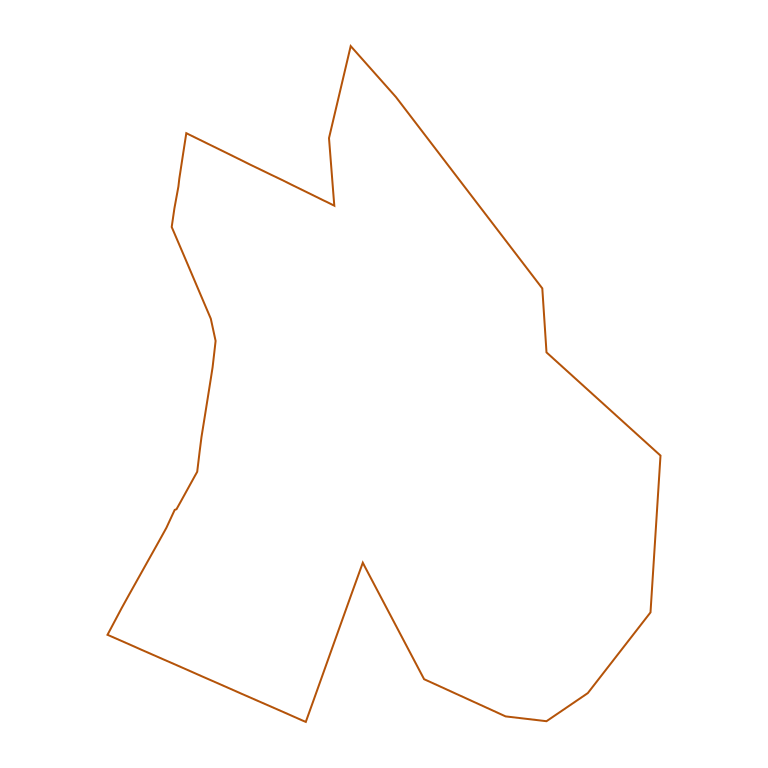 San Martín de los Cansecos, Oaxaca, Mexico
{"feature_id": "50627088B42113519243267", "entity_name": "San Martín de los Cansecos", "entity_type": "district", "adm_level": 2, "iso_a3": "MEX", "parent_name": "Mexico", "parent_adm1": "Oaxaca", "projection": "robinson", "projection_center": [-96.733, 16.659], "detail": "fine", "context": "isolated", "style": "outline", "palette": "amber", "viewbox_px": 768, "rotation_deg": 0, "n_neighbors": 0, "source": "geoboundaries", "source_scale": "gbopen_adm2", "svg_char_len": 1001}
<svg xmlns="http://www.w3.org/2000/svg" viewBox="0 0 768 768"><path d="M650.5,612.4L660.5,455.6L546.5,352.4L542.3,288.4L395.9,97.0L350.7,46.1L329.0,138.1L332.7,185.5L333.8,199.5L334.3,205.7L326.5,201.8L323.9,200.6L290.1,184.0L281.9,179.9L271.4,174.9L266.7,172.6L250.3,164.7L233.4,156.3L208.1,143.9L186.3,133.2L182.8,155.8L180.1,173.5L179.3,178.7L178.4,186.6L174.4,208.4L171.7,227.0L185.1,258.3L200.7,295.0L210.8,318.7L215.6,340.9L214.8,348.1L212.6,367.2L211.0,377.5L208.3,394.5L204.8,416.4L201.5,436.9L199.6,451.8L197.2,471.8L194.9,475.9L180.3,502.4L176.5,509.2L174.7,509.9L172.0,515.7L166.4,527.8L158.6,541.9L148.3,560.3L128.9,595.0L121.6,608.2L107.5,634.8L135.5,647.1L142.2,650.1L151.8,654.3L163.2,659.3L181.5,667.3L192.6,672.2L201.4,676.1L211.7,680.6L242.1,694.0L289.4,714.7L290.5,715.2L302.7,720.6L305.8,721.9L313.3,701.0L321.9,676.9L332.3,647.7L351.1,595.1L362.8,562.7L364.8,566.6L424.1,679.2L505.6,716.4L546.5,721.2L587.8,693.1L650.5,612.4Z" fill="none" stroke="#b45309" stroke-width="2"/></svg>